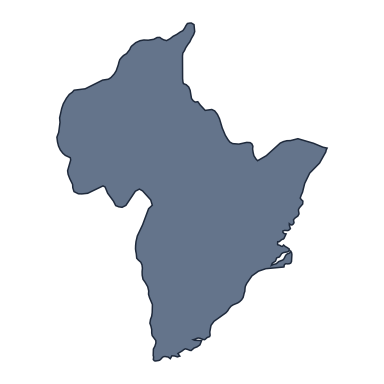 map outline of Otago (orthographic projection)
{"feature_id": "NZL-3407", "entity_name": "Otago", "entity_type": "Regional Council", "adm_level": 1, "iso_a3": "NZL", "parent_name": "New Zealand", "parent_adm1": "", "projection": "orthographic", "projection_center": [169.783, -45.312], "detail": "fine", "context": "isolated", "style": "filled", "palette": "slate", "viewbox_px": 384, "rotation_deg": 0, "n_neighbors": 0, "source": "natural_earth", "source_scale": "10m", "svg_char_len": 3805}
<svg xmlns="http://www.w3.org/2000/svg" viewBox="0 0 384 384"><path d="M327.1,148.1L326.2,150.0L325.8,151.9L319.6,163.0L309.7,173.1L304.7,183.4L302.5,192.3L301.3,194.9L300.2,198.1L301.4,199.7L302.9,201.1L302.7,204.0L299.4,207.8L298.5,209.5L298.5,210.9L298.8,212.3L299.0,213.9L297.8,216.1L295.3,217.8L293.5,219.7L294.0,222.8L293.0,224.3L291.9,225.0L290.7,224.8L289.3,223.7L289.3,225.0L289.6,226.3L290.4,228.7L288.9,230.1L287.8,230.6L284.6,230.4L282.9,231.0L282.9,232.3L284.2,233.6L286.1,233.9L284.0,238.4L283.3,239.1L282.3,239.3L281.2,240.0L279.4,241.6L278.7,241.8L278.1,241.6L277.7,241.7L277.6,242.8L277.6,244.0L277.6,244.6L278.0,244.9L278.8,245.0L280.1,245.5L281.3,246.3L282.4,246.4L283.6,245.0L285.1,246.4L287.4,247.7L289.2,249.0L289.2,250.7L287.6,251.8L283.4,252.6L281.6,253.6L279.9,256.3L279.3,257.0L278.5,257.3L277.5,257.5L276.6,258.0L275.5,261.1L272.2,263.3L271.4,265.4L273.0,264.6L276.2,263.8L278.8,261.5L282.8,260.0L284.0,258.8L285.4,255.9L286.4,254.5L287.7,253.7L288.8,253.4L289.8,252.8L290.7,251.1L291.6,252.7L291.9,254.6L291.5,261.5L290.7,263.1L289.4,263.7L287.6,263.9L285.8,263.7L285.4,263.9L284.5,264.6L284.1,265.4L284.1,266.3L283.9,267.0L265.8,268.7L258.4,271.2L251.9,275.9L246.8,283.3L245.4,286.2L245.1,287.6L244.8,291.4L244.0,293.7L243.8,294.8L243.1,297.5L241.6,299.8L239.6,301.7L237.8,302.9L233.2,304.8L231.0,306.2L229.1,308.5L227.7,310.8L226.0,312.7L214.0,321.3L211.0,325.4L209.8,332.0L210.1,335.3L209.6,336.6L207.2,337.5L205.2,339.3L204.5,339.7L203.0,339.4L200.1,338.3L198.6,338.0L197.2,338.2L194.7,339.3L193.3,339.7L194.7,340.3L201.6,340.6L199.9,344.9L197.2,346.8L194.1,348.0L191.2,350.5L190.0,350.4L187.8,349.5L185.4,348.8L183.6,349.7L182.5,350.7L177.9,353.5L178.4,354.1L179.3,355.5L179.8,356.1L177.4,356.9L174.6,356.0L171.9,355.8L170.3,358.7L168.5,357.3L168.0,357.0L165.0,356.5L163.5,356.7L162.4,357.4L160.6,359.4L159.6,360.2L158.6,360.5L155.6,361.0L154.4,360.8L153.3,359.6L153.6,357.1L153.3,355.7L153.2,355.6L153.4,349.0L154.9,346.2L155.9,343.0L155.8,340.5L152.2,335.6L151.7,333.0L151.7,329.7L151.0,326.4L149.9,323.2L150.5,319.4L151.7,316.2L152.2,312.6L152.4,304.5L149.5,297.6L148.5,294.2L148.7,291.0L147.7,286.7L145.3,282.5L143.0,279.3L142.2,275.3L142.1,271.6L142.4,268.1L142.0,264.9L140.8,262.2L138.2,259.9L136.7,258.2L136.3,253.8L135.8,251.3L135.5,249.0L135.6,245.6L136.0,241.6L137.3,236.0L142.6,224.8L148.6,208.7L152.3,205.2L150.7,199.9L142.6,190.9L139.4,189.1L135.4,191.2L125.9,205.4L122.1,207.3L118.7,206.8L115.7,205.6L113.5,201.2L107.7,193.3L105.1,187.0L103.0,185.9L87.7,193.3L81.9,193.9L78.4,193.8L74.0,191.6L72.8,187.8L72.6,184.4L69.7,178.5L68.1,174.3L67.6,170.7L70.7,160.0L70.3,157.7L65.3,155.4L62.8,153.2L60.3,149.9L58.5,146.0L57.5,142.0L56.9,137.2L58.7,132.4L60.0,122.4L59.6,117.9L61.7,108.5L63.3,103.8L66.4,98.3L69.3,94.4L72.2,92.3L74.1,90.2L85.2,88.8L102.6,80.1L108.4,79.2L110.9,77.6L114.2,74.0L116.2,70.8L118.3,64.8L118.9,62.3L119.8,59.6L121.4,57.6L123.5,55.5L126.6,53.6L129.7,49.6L130.7,47.3L131.6,46.1L135.8,42.6L140.0,40.7L143.8,40.0L148.2,40.2L153.8,39.3L157.1,37.5L159.8,37.4L161.4,38.6L163.6,39.8L166.6,40.6L170.1,38.7L173.1,36.3L176.8,34.4L180.1,32.1L182.8,30.7L184.6,28.2L185.9,25.7L187.4,23.5L189.6,23.1L191.3,23.0L194.0,24.6L194.7,31.6L193.6,34.7L191.4,38.5L189.8,41.9L187.9,44.4L185.7,47.8L184.6,50.3L182.8,53.2L182.5,55.9L182.6,78.6L182.9,81.7L183.4,83.6L186.2,84.7L188.7,87.0L190.1,90.2L191.5,98.5L193.3,100.9L195.3,102.1L197.8,101.7L200.2,105.0L205.2,110.4L211.8,109.5L214.7,110.9L217.4,114.4L219.5,118.8L222.2,127.9L225.3,135.3L228.0,139.7L229.9,142.1L232.6,143.6L238.9,144.1L246.7,142.4L250.1,142.6L251.8,143.8L252.9,146.2L252.6,149.0L253.1,152.4L253.9,155.7L255.9,158.9L257.6,160.7L266.3,155.7L280.2,143.1L283.4,141.6L286.9,140.7L290.4,140.6L297.9,138.7L313.6,143.3L322.9,147.2L327.1,148.1Z" fill="#64748b" stroke="#1e293b" stroke-width="1.5"/></svg>